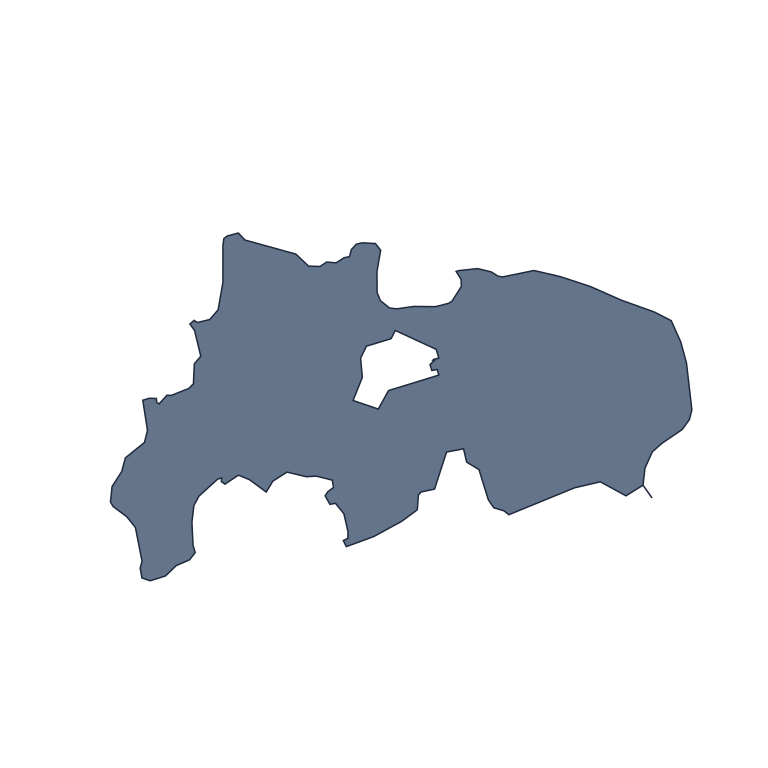 As Sabrah, Ibb, Yemen, rotated 253°
{"feature_id": "15242507B42935945407521", "entity_name": "As Sabrah", "entity_type": "district", "adm_level": 2, "iso_a3": "YEM", "parent_name": "Yemen", "parent_adm1": "Ibb", "projection": "robinson", "projection_center": [44.337, 13.842], "detail": "medium", "context": "isolated", "style": "filled", "palette": "slate", "viewbox_px": 768, "rotation_deg": 253, "n_neighbors": 0, "source": "geoboundaries", "source_scale": "gbopen_adm2", "svg_char_len": 1967}
<svg xmlns="http://www.w3.org/2000/svg" viewBox="0 0 768 768"><g transform="rotate(253 384 384)"><path d="M246.2,299.3L239.5,300.4L241.1,329.6L247.6,361.1L254.0,379.1L267.7,384.4L269.9,387.8L268.7,401.6L300.6,423.9L298.8,441.1L285.1,440.2L274.4,449.8L242.8,449.9L233.5,452.8L227.6,461.7L222.5,465.2L229.0,535.9L227.2,562.3L206.3,582.7L211.5,602.1L227.3,609.0L240.7,620.8L246.1,632.7L253.3,655.9L260.6,665.6L269.4,670.9L315.6,679.4L337.3,680.1L360.6,677.2L373.7,663.7L394.9,635.3L416.8,610.0L435.0,584.2L448.7,560.6L451.7,528.8L453.9,524.4L459.8,519.4L467.0,507.3L470.6,488.5L470.6,485.9L461.6,488.3L454.7,486.5L443.3,473.2L442.3,469.5L442.9,455.9L449.4,435.4L452.2,418.0L455.1,411.5L464.8,404.9L473.6,404.2L493.7,410.2L512.9,419.9L520.8,416.9L525.4,404.5L525.8,398.4L522.1,392.1L515.9,388.2L516.4,382.9L513.9,373.6L517.4,364.8L515.1,357.2L518.8,346.3L533.9,337.8L562.3,293.2L571.0,288.8L571.4,277.4L569.9,273.4L564.0,270.6L528.4,259.7L503.5,247.1L496.6,236.2L497.4,223.5L500.4,221.0L498.1,215.9L490.6,218.5L464.1,216.9L458.8,208.5L439.9,201.8L436.8,195.9L435.3,176.9L436.8,173.4L430.7,163.0L433.0,161.3L436.7,162.1L439.0,155.4L439.0,148.6L408.7,144.2L398.1,137.8L389.0,115.1L376.9,107.5L365.5,94.0L351.2,87.9L345.9,89.2L332.3,99.2L319.4,104.3L285.3,100.8L279.2,97.0L269.3,95.8L264.2,102.8L264.3,118.8L271.1,132.3L272.7,146.6L278.0,154.2L285.5,154.2L308.2,160.0L323.4,166.7L330.9,174.3L341.6,197.0L341.6,201.3L338.2,199.9L334.7,202.6L339.4,218.1L331.8,227.4L315.1,239.8L323.6,249.3L328.1,265.4L318.0,282.7L315.7,292.3L307.2,306.4L299.9,305.5L297.3,298.5L294.2,295.0L284.7,297.1L284.1,302.7L271.6,307.7L253.3,306.4L247.0,304.3L246.2,299.3ZM376.4,386.4L361.7,371.2L377.3,349.6L396.6,365.2L415.6,369.2L425.3,378.3L425.3,404.1L431.9,410.4L401.9,444.0L392.8,444.0L393.0,438.7L392.4,437.6L391.7,438.9L389.2,433.7L382.9,433.7L382.4,439.0L376.5,439.0L376.4,386.4ZM211.5,602.1L198.3,606.5L196.6,607.0L211.5,602.1Z" fill="#64748b" stroke="#1e293b" stroke-width="1.5"/></g></svg>